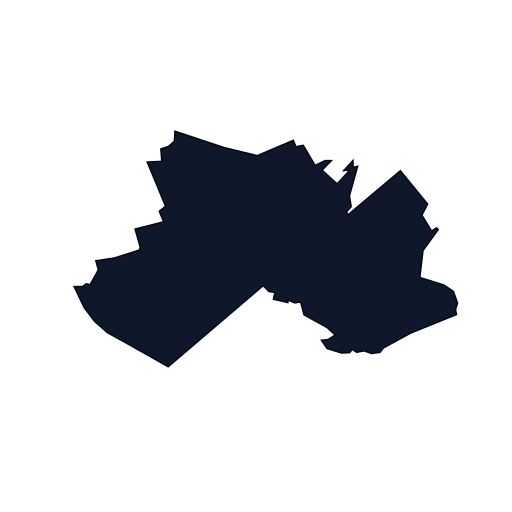 outline of Ballyfermot-Drimnagh Lea-5, South Dublin, Ireland, rotated 331°
{"feature_id": "5873133B64258564614963", "entity_name": "Ballyfermot-Drimnagh Lea-5", "entity_type": "district", "adm_level": 2, "iso_a3": "IRL", "parent_name": "Ireland", "parent_adm1": "South Dublin", "projection": "albers", "projection_center": [-6.344, 53.336], "detail": "fine", "context": "isolated", "style": "filled", "palette": "ink", "viewbox_px": 512, "rotation_deg": 331, "n_neighbors": 0, "source": "geoboundaries", "source_scale": "gbopen_adm2", "svg_char_len": 1124}
<svg xmlns="http://www.w3.org/2000/svg" viewBox="0 0 512 512"><g transform="rotate(331 256 256)"><path d="M125.5,310.3L247.9,285.4L250.1,293.4L254.9,297.0L250.3,302.2L261.3,312.2L262.8,310.2L267.0,315.7L272.7,317.9L269.5,330.8L283.5,353.1L287.0,363.5L278.5,364.0L272.4,361.4L273.3,371.4L283.9,382.4L291.1,385.9L295.0,384.3L297.3,389.0L304.6,391.4L309.8,397.3L317.7,400.4L323.0,398.2L353.9,398.4L403.0,404.4L404.5,399.6L409.5,394.8L411.5,382.7L406.2,372.4L388.9,354.2L404.7,332.2L428.2,321.2L427.5,318.9L421.7,319.3L420.9,300.7L431.3,293.8L423.6,251.4L356.2,264.6L356.7,261.3L363.2,259.0L366.8,248.8L388.4,226.8L383.9,225.6L387.1,219.5L374.1,223.8L379.7,226.4L361.9,232.2L355.4,213.0L368.1,209.1L362.8,206.1L351.6,205.4L351.0,182.1L343.9,179.8L344.7,172.9L305.7,168.8L280.8,145.8L245.6,107.6L240.3,116.0L232.5,117.7L224.7,116.2L219.5,127.5L206.4,121.1L201.0,168.7L193.1,169.9L191.8,181.3L163.3,173.8L159.0,192.2L156.8,194.2L130.9,189.0L113.6,182.5L111.4,191.7L96.9,200.7L94.2,198.0L89.5,198.6L82.1,194.5L80.7,218.0L83.1,234.8L88.8,250.9L101.1,270.5L125.5,310.3Z" fill="#0f172a" stroke="#020617" stroke-width="1.5"/></g></svg>